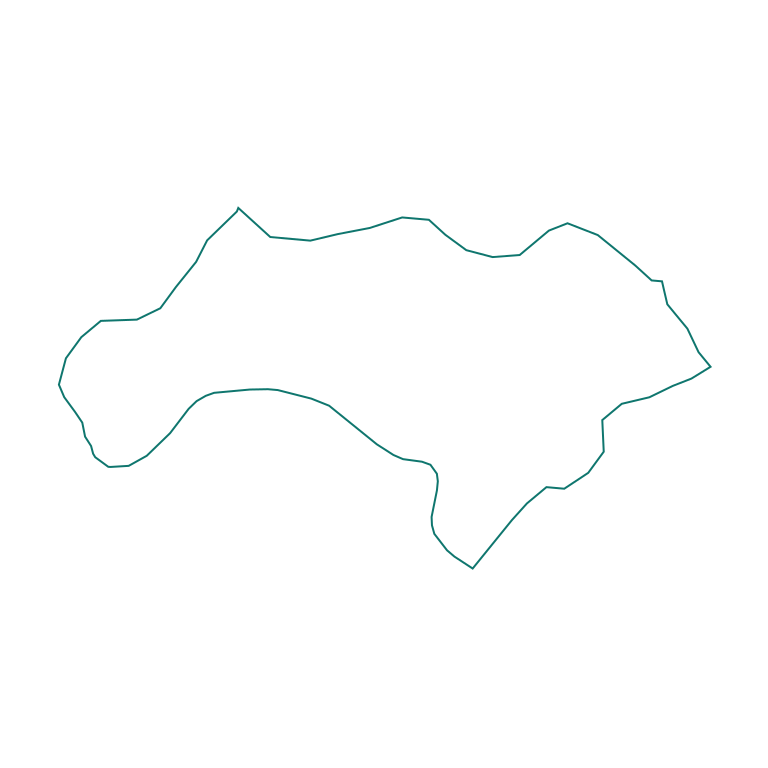 Yonthan, Hwanghae-bukto, North Korea, rotated 185°
{"feature_id": "82179303B91092350263646", "entity_name": "Yonthan", "entity_type": "district", "adm_level": 2, "iso_a3": "PRK", "parent_name": "North Korea", "parent_adm1": "Hwanghae-bukto", "projection": "robinson", "projection_center": [125.982, 38.695], "detail": "fine", "context": "isolated", "style": "outline", "palette": "teal", "viewbox_px": 768, "rotation_deg": 185, "n_neighbors": 0, "source": "geoboundaries", "source_scale": "gbopen_adm2", "svg_char_len": 1144}
<svg xmlns="http://www.w3.org/2000/svg" viewBox="0 0 768 768"><g transform="rotate(185 384 384)"><path d="M116.0,510.5L126.4,510.5L144.1,524.0L157.4,533.0L184.0,551.0L215.2,560.1L233.1,551.2L260.1,524.3L286.9,519.9L313.7,524.5L335.9,538.0L353.6,551.5L380.4,551.5L411.8,538.2L443.1,529.3L469.9,520.4L510.1,520.5L544.5,546.7L545.6,543.0L572.7,511.7L581.8,489.3L599.8,462.4L613.4,440.0L635.8,426.6L671.6,422.2L689.6,404.3L703.1,381.9L707.8,355.0L701.4,343.0L689.3,329.2L681.2,319.2L677.2,305.5L670.4,296.7L667.7,289.2L665.3,285.9L651.5,277.5L649.4,277.5L631.2,280.2L614.1,291.8L592.8,316.4L576.4,342.3L569.2,350.6L560.5,356.7L552.5,360.4L517.1,366.8L499.2,368.7L489.3,368.7L455.1,363.1L436.8,357.6L385.9,323.3L368.4,314.1L358.5,310.8L339.4,309.9L330.7,307.6L323.5,299.2L321.9,291.8L322.0,282.6L325.0,255.7L323.9,247.4L320.8,239.1L306.7,223.8L298.8,218.2L279.6,207.9L262.8,232.8L244.7,259.6L231.2,277.5L213.2,295.4L195.3,295.4L172.8,313.3L159.2,335.7L163.4,367.1L145.4,385.0L118.5,393.9L96.1,407.3L78.2,416.2L60.2,429.6L73.4,443.1L86.6,465.6L99.9,479.1L108.7,488.1L113.1,501.5L116.0,510.5Z" fill="none" stroke="#0f766e" stroke-width="2"/></g></svg>